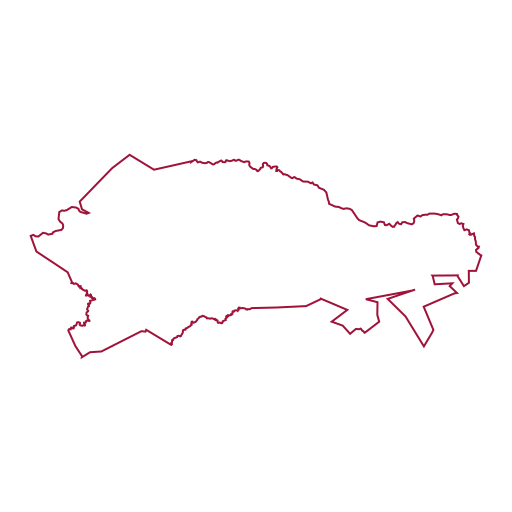 the district of Topia, Durango, Mexico
{"feature_id": "50627088B76672031961414", "entity_name": "Topia", "entity_type": "district", "adm_level": 2, "iso_a3": "MEX", "parent_name": "Mexico", "parent_adm1": "Durango", "projection": "orthographic", "projection_center": [-106.735, 25.251], "detail": "fine", "context": "isolated", "style": "outline", "palette": "rose", "viewbox_px": 512, "rotation_deg": 0, "n_neighbors": 0, "source": "geoboundaries", "source_scale": "gbopen_adm2", "svg_char_len": 5983}
<svg xmlns="http://www.w3.org/2000/svg" viewBox="0 0 512 512"><path d="M171.2,344.9L172.0,344.1L171.4,342.8L172.0,342.3L172.2,340.1L173.1,340.0L173.5,338.7L174.0,338.3L177.1,337.1L177.4,336.1L178.6,335.8L179.3,335.9L180.4,336.4L180.9,336.1L181.2,335.3L182.5,333.3L182.9,331.9L182.9,330.4L183.9,329.8L185.1,329.8L185.6,329.5L185.6,328.5L187.4,327.9L188.4,327.0L190.3,326.1L190.8,325.1L191.7,324.7L191.3,323.2L191.7,321.7L192.4,321.6L192.5,321.8L192.4,322.5L193.7,322.8L194.5,322.2L195.6,321.9L197.1,320.2L197.4,319.1L198.6,318.3L199.2,317.3L199.8,316.9L200.6,316.9L200.8,316.6L201.9,316.5L202.1,316.1L202.5,315.8L204.1,316.2L205.5,317.1L206.4,317.4L206.6,317.5L206.7,318.2L206.9,318.4L208.3,318.3L210.3,318.7L211.2,318.3L212.8,318.5L213.9,319.1L215.0,318.8L215.6,319.2L215.3,319.9L215.5,320.1L216.8,320.1L217.4,320.4L217.6,320.7L217.5,321.8L217.9,322.7L218.5,322.9L219.5,322.5L221.6,323.3L222.0,323.2L222.6,322.5L222.5,321.7L222.8,321.2L225.8,320.0L225.5,318.6L227.0,317.5L226.2,316.6L226.5,316.0L227.3,315.7L227.8,316.0L228.2,316.0L228.2,315.2L229.4,315.4L231.3,314.9L231.1,314.2L232.4,313.9L232.4,312.0L232.7,311.4L233.7,311.7L234.2,310.8L234.7,310.8L235.0,310.4L235.6,310.3L237.0,310.4L237.7,310.9L237.9,310.3L238.6,309.9L238.7,309.3L238.2,308.6L238.9,307.6L239.5,307.6L239.5,308.2L239.9,308.4L242.3,308.0L244.8,308.4L245.8,308.9L246.0,309.3L247.3,309.6L247.6,309.2L248.0,309.1L249.5,309.3L251.8,308.1L276.5,307.5L306.1,306.1L320.3,299.4L320.7,298.6L347.3,309.9L331.7,321.7L342.7,325.6L350.1,333.8L356.0,328.9L358.6,329.2L359.6,329.1L360.5,328.6L361.0,328.9L362.4,330.8L363.5,331.3L364.3,332.6L364.7,332.8L379.2,321.7L377.3,314.9L377.5,302.2L365.8,299.2L411.9,290.6L415.1,289.6L387.7,298.9L405.5,316.4L423.9,346.4L432.1,332.6L433.4,329.9L423.7,306.7L454.2,293.5L457.0,293.0L449.7,286.1L452.3,283.3L434.7,284.3L432.7,276.0L432.4,275.6L457.5,275.4L457.3,275.7L463.9,286.1L468.9,282.8L468.8,270.9L476.0,270.9L481.3,255.4L480.1,254.9L479.2,253.9L478.0,253.4L477.3,252.5L476.3,251.9L476.0,250.0L476.9,249.1L478.3,248.3L478.9,246.7L477.7,246.6L476.2,245.0L475.9,243.9L475.8,241.4L475.0,239.2L475.1,237.1L474.3,236.2L474.0,233.4L472.0,234.1L471.5,234.6L469.8,234.8L469.3,234.4L470.0,233.1L469.4,232.6L469.0,230.3L466.7,229.4L464.4,230.2L463.3,227.9L462.8,225.8L463.4,224.0L461.1,223.3L459.7,224.0L457.9,223.1L456.9,219.5L458.0,218.4L458.5,216.5L457.2,215.2L457.1,214.0L454.5,213.7L451.0,215.0L449.6,215.0L447.5,214.4L444.3,214.2L442.5,214.4L441.4,215.3L438.1,214.2L434.8,213.6L429.6,213.6L427.2,214.8L425.4,214.7L422.5,215.1L420.4,216.5L417.5,215.5L413.8,218.7L414.3,221.0L413.5,223.3L411.8,224.3L407.0,223.1L405.0,222.0L402.3,222.3L401.1,224.2L399.2,223.8L398.3,223.0L397.7,222.1L396.2,223.2L395.5,224.7L394.3,226.0L394.3,226.6L392.8,226.9L391.4,226.0L389.3,223.8L386.6,225.2L384.9,225.0L383.9,222.3L380.4,221.6L377.6,222.4L376.6,226.0L374.1,226.3L369.0,225.3L366.3,223.3L364.4,222.2L359.1,220.1L357.2,218.0L351.9,210.1L349.6,208.8L346.3,208.3L343.7,208.9L341.3,208.2L339.0,207.0L335.2,206.6L329.1,203.8L328.8,201.5L328.0,199.8L326.4,192.6L324.0,189.8L319.0,187.8L317.4,185.3L313.9,184.5L312.5,182.5L310.9,183.3L307.9,181.7L303.0,181.5L299.8,179.3L296.5,178.6L294.6,177.1L293.8,177.2L292.5,178.1L291.5,178.0L287.5,175.1L286.2,174.8L284.8,174.2L283.7,174.5L283.0,174.2L282.9,173.7L281.6,172.5L281.2,171.9L280.3,171.5L279.1,170.2L277.9,170.1L276.9,170.8L276.9,171.0L276.3,171.0L276.4,169.3L277.4,167.2L276.9,166.6L276.0,166.4L272.8,166.9L271.8,168.3L271.2,168.4L269.9,166.3L269.2,165.8L267.3,165.3L267.0,163.7L266.1,162.9L264.6,162.8L263.7,163.0L263.0,163.8L262.8,164.4L263.2,166.2L262.7,167.3L260.9,167.7L260.5,168.2L260.4,168.8L258.5,170.8L257.8,171.2L257.3,171.1L256.8,170.2L255.9,169.5L254.7,169.0L253.1,168.9L250.0,166.5L249.4,165.4L249.2,164.5L249.5,163.3L249.2,162.3L248.8,161.6L246.5,161.4L245.0,161.7L244.2,162.2L240.8,160.9L239.5,159.9L238.8,159.7L238.2,159.8L236.0,160.8L235.2,160.7L234.5,159.9L233.7,159.8L232.0,160.7L229.9,161.2L226.3,160.2L225.9,160.6L225.6,161.8L224.9,162.2L222.6,162.1L222.3,161.4L221.2,160.5L218.4,161.9L217.6,162.7L216.5,162.5L215.4,163.1L214.2,164.2L213.0,164.5L208.9,162.0L207.7,162.1L206.7,163.0L204.8,163.2L202.2,162.8L200.3,161.7L199.5,161.8L197.9,162.4L197.0,161.5L196.3,160.1L194.7,159.8L191.6,161.8L191.8,161.2L154.0,169.7L129.6,154.8L112.2,168.1L79.7,201.6L82.0,209.3L88.7,212.9L86.6,213.7L81.4,212.2L80.3,211.8L79.5,211.1L78.8,210.0L78.5,208.9L76.3,207.6L71.8,207.0L66.8,210.1L64.1,210.8L62.1,210.4L59.3,212.0L58.5,218.9L60.0,221.6L62.3,223.4L62.9,224.4L63.2,225.8L63.0,227.5L62.8,228.3L61.4,229.9L55.6,231.0L52.9,232.4L52.5,233.7L48.2,234.6L46.4,233.5L43.0,232.8L38.4,236.5L35.8,236.4L33.3,234.9L30.7,235.9L36.4,251.5L67.7,272.3L71.8,281.8L71.4,283.1L71.9,283.2L72.4,282.8L73.1,283.0L73.6,283.8L74.4,283.8L75.8,283.4L77.8,284.5L78.7,286.5L79.6,286.7L79.9,286.1L80.7,286.2L80.6,286.9L80.1,287.4L80.3,288.2L81.5,288.2L82.0,288.5L82.1,289.2L82.6,289.6L83.6,289.9L84.6,290.6L85.3,290.8L86.0,290.4L86.7,290.4L86.9,290.6L87.2,291.8L86.8,292.8L87.3,293.6L86.3,294.5L86.0,295.5L86.6,295.6L87.2,295.3L87.3,294.9L88.3,295.2L88.8,295.8L89.2,295.7L90.6,294.5L91.0,294.9L91.0,295.3L90.6,296.1L90.3,296.2L90.4,296.8L91.6,296.6L91.9,296.9L91.7,297.7L91.9,298.0L94.5,298.2L95.1,298.8L95.2,299.4L90.0,300.9L90.4,302.9L89.5,304.0L88.4,303.5L88.0,303.9L88.2,304.8L88.9,305.6L89.0,306.1L87.9,306.9L87.1,309.2L88.2,310.9L87.9,311.5L87.2,311.9L86.6,312.5L86.3,314.2L86.7,315.1L88.2,315.8L87.7,317.2L87.7,318.2L88.2,319.4L89.4,320.5L89.4,320.9L86.6,320.6L86.1,321.0L85.9,322.1L85.6,322.7L85.1,322.9L84.4,322.5L84.0,322.6L84.0,323.1L85.1,325.1L85.0,325.4L84.5,325.6L83.5,325.2L82.1,325.8L80.3,325.3L79.6,324.7L80.0,323.2L79.9,322.7L78.4,322.2L77.3,322.3L76.9,322.8L76.6,324.1L75.9,325.5L73.9,326.0L73.8,326.4L74.0,327.2L73.6,328.4L72.6,328.4L71.8,327.5L71.3,327.5L70.8,328.0L70.7,329.3L69.1,329.1L68.3,330.4L75.4,346.1L82.1,356.3L81.9,357.2L90.1,352.2L101.3,351.5L141.4,331.2L145.5,331.6L146.2,329.8L171.2,344.9Z" fill="none" stroke="#9f1239" stroke-width="2"/></svg>